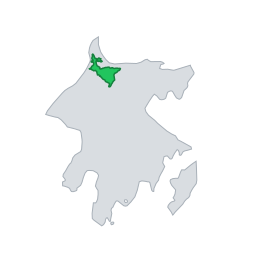 Absheron District, Abşeron, Azerbaijan shown in context, rotated 255°
{"feature_id": "54616110B88432173472444", "entity_name": "Absheron District", "entity_type": "district", "adm_level": 2, "iso_a3": "AZE", "parent_name": "Azerbaijan", "parent_adm1": "Abşeron", "projection": "mercator", "projection_center": [49.449, 40.323], "detail": "fine", "context": "in_parent", "style": "filled", "palette": "green", "viewbox_px": 256, "rotation_deg": 255, "n_neighbors": 0, "source": "geoboundaries", "source_scale": "gbopen_adm2", "svg_char_len": 6546}
<svg xmlns="http://www.w3.org/2000/svg" viewBox="0 0 256 256"><g transform="rotate(255 128 128)"><path d="M172.5,204.5L171.5,204.4L164.5,206.1L163.1,205.6L157.1,197.9L155.8,197.1L153.2,196.7L151.7,195.5L150.5,193.4L149.8,191.9L143.6,187.7L142.7,186.2L142.5,184.9L143.5,183.7L144.5,182.6L147.5,181.6L151.1,180.7L152.2,180.1L152.8,179.0L152.7,177.2L152.2,175.4L147.1,172.2L146.5,170.8L146.4,169.2L146.7,167.4L147.5,166.0L151.6,164.1L153.8,162.2L152.4,160.0L148.0,155.0L142.7,149.5L139.1,149.5L135.0,151.1L128.5,155.8L124.9,157.8L120.2,161.1L115.1,164.7L110.9,168.6L108.2,171.8L103.6,173.2L101.2,175.9L93.4,184.0L91.2,183.9L91.1,179.9L91.2,176.7L90.7,174.9L88.2,172.4L88.1,171.3L88.8,170.6L90.7,171.1L93.2,170.9L94.4,169.9L91.7,166.6L89.4,164.4L87.4,162.9L86.9,162.0L86.9,161.4L87.3,160.6L90.8,158.8L91.1,157.1L90.9,155.3L85.4,152.5L81.3,153.5L77.7,150.4L75.3,148.0L72.4,145.4L69.7,144.0L67.2,140.8L62.9,137.4L60.1,136.5L60.1,136.0L60.6,135.3L61.8,134.8L69.6,135.0L70.5,134.4L71.0,132.9L72.1,130.8L73.3,127.7L73.2,125.0L65.4,120.8L59.7,116.8L55.8,111.6L53.1,106.9L53.2,105.3L54.0,103.8L60.0,99.4L60.5,98.2L60.3,97.4L58.2,95.2L55.4,92.9L54.6,91.2L52.9,90.3L49.6,90.2L43.9,87.4L42.7,87.1L42.4,86.5L42.7,85.9L46.7,84.8L46.7,83.8L45.4,82.6L43.1,81.6L41.0,79.4L40.3,77.3L47.7,71.3L49.8,70.1L54.7,71.2L64.7,75.2L64.0,77.4L65.0,78.6L67.3,80.3L71.8,82.0L75.5,82.9L77.4,82.2L80.3,81.5L84.0,83.5L87.4,86.0L89.2,87.0L90.1,87.3L92.7,86.5L95.8,83.3L97.1,79.4L97.4,77.5L95.6,74.9L91.8,72.1L87.6,69.6L84.9,67.4L83.1,63.1L81.4,62.6L80.9,62.1L80.7,60.6L80.7,58.5L81.3,56.9L83.0,56.3L84.8,56.0L86.3,54.5L88.3,51.5L89.1,49.9L92.8,50.8L93.3,53.5L94.0,54.1L95.5,53.7L98.0,52.6L100.0,53.5L102.7,56.6L106.2,60.0L108.2,62.2L109.0,63.8L110.8,65.3L113.5,67.0L115.6,69.8L117.5,76.2L119.5,77.7L126.4,80.1L128.8,80.6L135.7,81.5L138.1,80.9L141.6,75.3L144.7,69.7L147.7,68.5L153.0,65.7L156.2,63.1L157.5,60.3L160.5,55.0L162.4,52.0L165.5,54.7L171.0,61.9L178.7,73.5L180.6,76.8L181.9,80.6L183.0,85.3L184.7,89.3L192.6,99.6L196.0,103.3L201.5,108.2L203.5,109.3L206.1,109.6L210.9,109.6L215.2,111.5L217.4,112.9L219.7,114.8L221.7,117.0L223.7,123.0L216.1,121.0L208.4,121.3L204.1,122.6L199.9,124.3L195.8,126.8L193.3,131.6L191.2,142.6L188.1,152.9L188.2,157.7L189.5,162.2L189.4,164.4L188.0,165.3L186.2,167.2L183.8,176.6L182.6,178.4L181.1,179.6L180.7,178.5L180.8,176.1L177.4,173.9L175.7,176.3L174.5,181.5L172.0,186.9L171.9,187.9L172.5,204.5ZM59.1,107.9L59.5,106.4L58.5,105.7L57.5,105.7L56.6,106.4L56.6,108.3L57.8,108.6L59.1,107.9ZM34.0,151.0L32.8,149.5L32.3,148.7L35.7,148.0L41.3,145.9L42.9,146.9L44.5,149.0L45.3,150.8L45.5,154.0L46.1,154.6L48.9,153.5L50.1,154.8L52.2,156.4L55.9,158.0L61.1,155.5L63.7,154.9L65.9,154.9L67.1,155.7L67.5,158.2L67.0,161.4L66.4,163.1L67.5,164.3L71.9,167.4L73.7,169.0L72.8,171.9L76.0,179.0L77.1,181.8L78.3,185.2L71.8,183.8L59.9,181.0L56.6,179.5L53.5,175.6L51.7,173.7L49.0,171.2L46.8,170.3L45.1,168.6L44.1,166.0L42.7,163.8L40.2,161.1L34.7,152.0L34.0,151.0ZM41.0,89.3L40.3,89.8L39.2,89.3L38.8,88.1L38.9,86.9L40.0,86.6L41.0,87.0L41.2,88.1L41.0,89.3Z" fill="#d9dde1" stroke="#a8b0b8" stroke-width="1"/><path d="M187.2,112.3L187.2,112.6L187.1,112.9L187.0,113.4L186.6,113.7L186.3,113.8L185.9,113.8L185.5,114.0L185.6,114.3L185.6,114.6L185.2,114.7L184.8,114.7L184.7,114.8L184.4,115.0L184.1,115.2L183.8,115.4L183.4,115.6L183.2,115.7L182.8,115.8L182.5,116.0L182.3,116.1L182.0,116.3L181.6,116.5L181.4,116.6L181.2,116.9L181.0,117.2L180.9,117.4L180.8,117.6L180.3,118.1L179.6,118.2L179.1,118.2L178.7,118.5L178.2,118.8L177.9,119.3L177.6,119.8L177.3,120.1L176.9,120.4L176.7,120.8L176.2,121.2L176.0,121.5L175.7,121.6L175.3,121.6L175.0,121.3L174.6,121.1L174.3,120.9L173.8,120.7L173.4,120.6L173.3,120.2L172.9,120.2L172.8,120.4L172.6,120.6L172.5,121.1L172.7,121.7L173.1,122.1L173.4,122.4L174.1,123.1L174.4,123.3L174.7,123.4L175.0,123.8L175.4,124.3L175.7,124.7L176.3,125.1L176.6,125.5L176.9,126.0L177.2,126.4L177.5,126.8L177.8,127.5L178.3,127.6L179.3,127.7L182.2,128.0L182.7,128.0L183.5,128.5L184.0,129.2L184.3,129.4L184.3,130.1L184.5,130.6L184.5,131.0L184.6,131.5L184.9,132.0L185.2,132.4L185.7,133.0L185.8,133.6L185.8,134.2L186.0,134.8L186.3,135.2L186.6,135.5L187.1,135.9L187.3,136.0L187.7,135.7L187.8,135.6L187.7,135.0L187.8,134.5L188.0,134.1L188.4,133.7L188.5,133.1L188.7,132.6L188.8,132.2L188.9,131.6L189.0,131.1L189.0,130.6L189.0,130.4L189.1,130.0L189.4,129.5L189.8,129.1L190.2,128.7L190.4,128.1L190.3,127.3L190.4,126.8L190.4,126.3L190.6,126.2L191.1,125.8L191.4,125.7L191.7,125.4L191.8,125.0L192.0,124.0L191.9,123.3L192.2,122.6L192.3,121.8L192.3,121.3L192.2,120.8L192.2,120.0L192.1,119.4L192.3,118.9L192.0,118.1L192.1,117.5L192.1,117.0L192.2,116.5L192.4,116.3L192.7,116.1L193.1,116.1L193.3,116.3L193.5,116.4L193.9,116.4L194.2,116.1L194.4,115.9L195.0,115.5L195.2,115.2L195.3,114.9L195.8,114.4L196.3,114.2L196.8,114.1L197.1,114.1L197.6,114.1L197.9,114.0L198.2,114.0L199.3,114.2L199.8,114.1L200.2,114.3L200.5,114.3L200.7,114.8L200.9,115.0L201.4,115.0L201.7,115.2L202.1,115.3L202.4,115.3L202.9,115.4L203.3,115.3L203.7,114.7L203.7,114.4L204.1,114.1L204.4,114.0L205.1,114.0L205.6,114.0L206.2,113.9L206.8,113.8L207.3,113.7L207.7,113.5L208.1,113.4L208.4,113.2L208.5,113.0L208.4,112.8L208.2,112.5L208.0,112.4L207.7,112.4L207.1,112.3L206.6,112.3L206.4,112.1L205.9,111.8L205.6,111.6L205.3,111.4L204.9,111.2L204.5,111.1L204.0,111.1L203.5,111.2L203.2,111.5L202.9,111.7L202.7,111.8L202.3,111.7L202.0,111.6L201.8,111.3L201.9,110.9L201.9,110.6L202.1,110.3L202.2,110.0L202.1,109.8L201.8,109.7L201.5,109.7L201.3,109.7L201.2,109.7L201.0,110.0L200.9,110.4L200.9,110.5L200.8,110.8L200.6,111.2L200.3,111.3L200.0,111.6L199.5,111.6L199.0,111.5L198.6,111.3L198.3,111.2L198.0,111.0L197.7,110.7L197.5,110.3L197.2,109.9L197.2,109.5L197.1,109.2L196.7,108.7L196.3,108.5L196.0,108.2L195.8,108.0L195.6,107.6L195.4,107.1L195.2,106.7L195.3,106.3L195.2,106.0L194.9,106.1L194.7,106.4L194.6,106.8L194.6,107.1L194.4,107.6L194.2,107.8L193.9,107.9L193.5,108.2L193.3,108.7L192.8,109.1L192.4,109.4L192.2,109.6L192.1,109.8L192.1,110.1L192.1,110.4L192.0,110.9L192.1,111.3L190.6,112.4L190.3,112.4L189.6,112.3L188.8,112.3L188.2,112.3L187.5,112.3L187.2,112.3ZM201.0,116.2L200.7,116.1L200.2,116.1L200.0,116.5L200.0,116.8L199.9,117.4L199.8,117.8L199.5,118.2L199.2,118.5L198.9,118.9L198.8,119.6L199.1,120.2L199.6,120.0L199.9,119.7L200.3,119.3L200.5,119.0L200.8,119.0L201.2,119.2L201.6,119.5L201.9,119.7L202.0,119.6L202.2,119.2L202.4,118.6L202.5,118.4L202.8,118.4L203.1,118.1L203.1,117.6L202.9,117.1L202.7,116.9L202.6,116.3L202.3,116.3L201.7,116.2L201.3,116.3L201.0,116.2Z" fill="#22c55e" stroke="#15803d" stroke-width="1.5"/></g></svg>